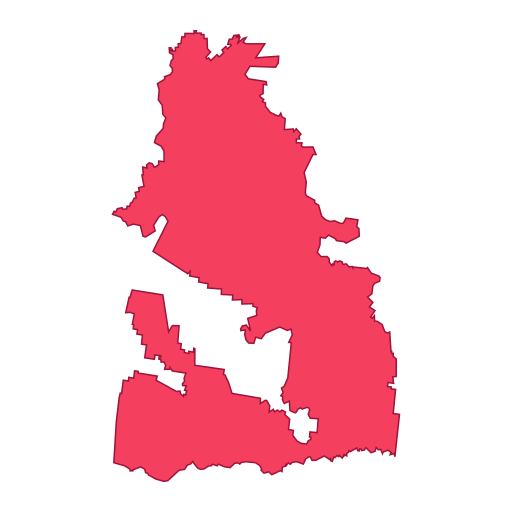 Sayula de Alemán, Veracruz, Mexico
{"feature_id": "50627088B32201743992634", "entity_name": "Sayula de Alemán", "entity_type": "district", "adm_level": 2, "iso_a3": "MEX", "parent_name": "Mexico", "parent_adm1": "Veracruz", "projection": "natural_earth1", "projection_center": [-94.941, 17.748], "detail": "fine", "context": "isolated", "style": "filled", "palette": "rose", "viewbox_px": 512, "rotation_deg": 0, "n_neighbors": 0, "source": "geoboundaries", "source_scale": "gbopen_adm2", "svg_char_len": 6038}
<svg xmlns="http://www.w3.org/2000/svg" viewBox="0 0 512 512"><path d="M185.0,33.4L184.8,36.9L181.8,36.9L180.9,43.5L178.2,43.7L178.4,47.2L175.3,47.4L175.5,50.9L172.5,51.1L172.4,49.6L171.2,50.6L171.0,47.7L169.2,47.8L169.5,52.7L173.0,54.7L173.2,58.8L171.4,60.4L170.0,65.6L172.2,68.3L172.5,71.6L170.4,74.5L164.5,76.7L165.1,77.9L164.2,79.5L157.4,83.7L159.2,89.9L158.3,99.8L162.2,105.3L162.8,114.1L165.9,118.0L163.6,123.4L163.1,128.5L156.4,135.9L154.4,142.6L161.1,146.1L164.0,151.1L164.1,161.6L158.7,161.0L158.6,164.8L154.5,167.4L152.2,163.7L149.3,162.8L146.5,165.0L147.1,168.0L142.7,167.0L143.2,174.7L141.9,175.0L144.0,186.4L138.6,187.6L139.3,191.4L135.2,192.4L136.1,197.8L134.1,198.3L132.4,202.0L130.5,203.1L129.6,206.3L127.1,206.1L126.7,208.8L122.9,209.3L122.0,207.7L117.3,208.7L115.8,211.9L114.1,211.2L112.5,214.3L121.1,217.3L123.3,221.0L125.5,221.7L127.8,225.9L133.3,224.1L140.3,225.5L143.1,236.3L145.5,237.0L155.2,230.9L153.6,225.3L159.1,216.7L162.3,214.6L165.3,216.6L168.0,221.3L153.0,251.3L187.7,273.7L190.2,271.4L189.7,276.0L199.2,277.7L198.6,282.0L208.1,283.7L207.6,288.0L221.5,289.0L221.3,294.4L232.8,295.0L232.4,300.0L241.9,299.6L241.9,304.0L252.9,303.7L252.9,306.2L257.2,307.6L256.3,311.0L256.8,315.4L247.7,318.4L250.6,331.0L246.2,325.0L242.3,326.0L240.6,328.9L240.8,330.6L245.4,330.0L244.7,334.5L246.0,339.9L248.6,343.0L253.8,343.4L255.7,337.2L261.3,338.7L265.2,333.3L279.7,327.0L287.2,330.4L291.0,329.1L292.3,334.9L288.7,342.4L291.1,342.6L291.1,344.6L287.8,377.9L284.2,386.3L281.5,388.0L283.1,392.7L280.8,395.7L282.8,396.7L282.4,399.7L284.3,403.5L289.3,401.1L290.0,410.5L293.9,412.4L295.7,412.8L298.1,409.1L300.6,407.8L302.2,409.1L306.9,407.4L308.8,407.9L309.6,409.7L308.2,414.3L310.3,418.3L318.2,418.7L317.1,432.6L310.0,431.9L309.5,437.0L310.9,437.3L310.7,439.5L308.3,440.7L306.6,444.0L301.3,443.4L297.1,441.1L292.8,435.4L293.4,430.4L288.5,429.5L289.7,419.2L284.8,414.5L285.5,412.0L281.8,410.1L279.9,411.8L277.3,410.1L274.5,411.8L273.3,409.3L269.1,412.1L269.8,406.0L266.7,400.5L265.2,400.3L260.3,403.6L260.5,398.3L232.0,393.4L228.7,382.9L225.0,375.0L223.5,374.5L224.2,369.5L194.8,365.3L194.9,348.7L193.8,348.2L193.4,352.2L188.8,351.3L188.8,353.5L184.3,352.4L184.5,349.9L180.6,349.2L181.3,343.7L177.7,343.1L179.1,325.7L172.4,325.6L168.6,331.8L162.8,294.9L132.2,290.0L130.0,297.4L129.1,297.3L125.7,312.7L130.2,312.4L134.3,313.8L132.3,324.3L133.6,324.6L133.2,328.9L137.5,329.5L136.9,334.1L142.4,335.0L141.5,344.2L146.5,344.9L144.7,357.8L154.5,359.3L155.0,354.9L160.8,355.8L160.8,357.1L159.1,356.9L158.8,359.1L160.9,359.4L161.0,362.0L164.2,362.2L165.6,365.2L164.6,369.4L169.9,369.2L170.1,367.5L172.3,371.0L185.8,373.1L184.1,378.4L184.5,381.3L182.4,383.8L182.6,385.6L186.1,385.8L184.6,390.3L186.6,390.6L185.7,394.9L183.8,394.4L183.5,396.3L180.6,393.8L180.0,391.0L176.5,391.5L156.2,380.3L157.2,376.1L138.1,373.0L138.2,371.4L134.6,370.8L133.7,378.2L128.8,377.3L128.4,381.0L123.3,380.2L121.6,393.4L120.2,393.1L119.2,397.5L116.3,421.9L113.8,462.7L124.5,465.7L129.9,469.1L130.1,470.9L132.9,470.8L132.7,469.9L140.8,466.9L144.7,469.2L145.6,472.7L148.0,473.5L148.4,474.9L155.7,479.0L163.9,481.3L167.8,480.7L179.1,470.2L184.6,469.4L187.2,465.2L190.8,463.9L192.5,461.5L197.7,468.1L200.3,469.3L204.1,468.9L208.4,466.1L211.6,465.6L212.4,464.2L217.2,465.8L218.5,464.1L224.3,466.8L230.1,467.6L234.7,463.3L238.0,462.9L239.8,464.1L241.0,462.6L245.6,461.7L255.4,462.7L259.8,465.5L261.7,469.3L261.0,470.1L264.0,473.2L268.8,471.8L271.8,474.7L280.2,470.7L282.0,471.6L282.3,467.0L285.6,466.2L285.8,464.6L286.4,465.4L288.2,462.8L290.2,464.3L292.3,462.3L296.7,461.7L303.4,464.1L305.7,458.9L309.0,456.7L310.2,456.7L312.0,460.4L315.8,460.3L324.4,456.0L329.8,459.6L330.4,458.8L330.9,460.9L332.3,461.4L333.7,457.2L335.0,457.6L336.7,455.7L338.7,456.6L339.2,455.3L342.2,458.1L343.8,455.1L344.0,456.0L345.0,454.9L346.8,455.9L346.7,453.4L348.7,452.2L349.0,450.5L350.5,451.5L356.7,448.0L357.7,450.6L359.1,451.0L359.5,449.0L361.4,449.2L361.4,450.5L364.1,450.2L365.9,447.7L371.0,452.7L375.0,451.3L376.2,447.5L378.3,449.8L380.7,449.4L382.5,453.7L383.2,452.0L388.0,450.2L391.2,452.5L390.1,454.7L394.0,453.6L394.9,456.7L399.5,414.4L393.2,413.5L395.6,389.4L391.1,388.9L391.3,387.0L387.5,386.6L388.0,382.5L393.6,383.4L392.8,376.8L396.2,376.5L396.3,359.0L393.2,356.3L393.3,353.4L392.0,353.7L391.7,351.4L391.0,351.6L389.7,332.0L387.4,333.0L384.8,331.7L382.2,324.6L377.2,321.3L374.7,321.1L374.4,315.7L372.4,318.2L370.6,317.3L375.0,310.6L369.4,307.0L372.9,302.4L367.5,297.1L371.9,293.8L372.9,285.5L374.8,283.3L379.6,281.2L380.1,277.6L379.0,276.1L371.2,273.1L367.5,267.6L366.8,268.5L353.3,267.0L353.0,268.0L352.2,266.5L348.8,266.8L346.4,263.9L342.9,264.3L342.0,261.7L339.5,260.9L337.7,261.9L335.7,260.9L334.2,261.9L334.1,264.8L332.7,263.9L332.0,265.7L329.3,262.2L329.1,258.6L327.0,256.5L321.0,256.6L317.3,252.3L320.0,244.9L320.2,237.4L325.4,238.2L328.5,235.1L335.4,238.7L336.4,240.6L344.2,241.7L346.0,243.2L359.3,236.3L358.9,228.5L356.7,226.8L357.9,219.8L346.0,218.1L343.4,223.1L340.8,223.5L334.5,220.8L330.1,221.5L325.8,219.9L321.7,216.2L318.6,205.1L314.8,202.9L314.7,200.3L306.1,195.6L305.3,192.3L306.3,182.3L304.1,172.5L312.9,154.6L316.0,154.5L313.0,147.0L302.6,147.1L301.4,145.5L302.0,142.8L296.4,142.8L296.3,139.0L299.6,138.9L298.9,136.5L300.9,134.2L296.3,128.8L293.8,131.7L293.2,129.0L284.4,129.6L285.2,118.6L282.0,116.9L280.8,113.2L279.2,115.8L277.8,116.0L270.4,112.5L265.5,106.4L265.5,102.9L262.4,101.8L263.7,99.3L260.2,97.0L259.9,95.3L263.1,93.6L263.2,84.3L266.7,84.9L266.1,81.6L248.3,78.8L245.0,74.3L249.9,66.3L275.6,67.2L278.2,63.1L278.7,56.2L255.7,57.8L264.9,43.8L246.1,43.8L243.1,42.3L246.1,37.5L243.1,38.5L238.0,42.9L239.9,36.9L238.8,34.7L237.8,35.1L238.0,37.0L236.5,37.3L236.8,35.2L233.9,35.4L232.2,39.2L229.3,39.2L227.7,44.4L230.6,44.4L231.1,45.5L227.6,48.9L225.8,46.5L222.0,50.0L223.7,52.5L220.2,56.1L218.9,56.7L217.1,54.6L210.8,60.6L208.6,57.8L206.9,59.0L205.8,57.4L210.6,52.0L207.4,48.7L207.1,38.4L204.1,38.6L203.9,34.5L201.1,34.6L201.1,33.1L195.8,33.1L196.5,30.8L194.1,30.7L194.0,33.5L185.0,33.4Z" fill="#f43f5e" stroke="#9f1239" stroke-width="1.5"/></svg>